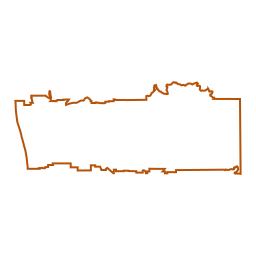 Waroona, Western Australia, Australia
{"feature_id": "25037944B30802850607008", "entity_name": "Waroona", "entity_type": "district", "adm_level": 2, "iso_a3": "AUS", "parent_name": "Australia", "parent_adm1": "Western Australia", "projection": "orthographic", "projection_center": [115.907, -32.849], "detail": "fine", "context": "isolated", "style": "outline", "palette": "amber", "viewbox_px": 256, "rotation_deg": 0, "n_neighbors": 0, "source": "geoboundaries", "source_scale": "gbopen_adm2", "svg_char_len": 5471}
<svg xmlns="http://www.w3.org/2000/svg" viewBox="0 0 256 256"><path d="M240.6,173.8L240.0,99.0L213.8,98.9L214.3,98.4L214.2,97.9L214.2,97.7L212.7,97.5L212.4,97.0L211.5,96.3L210.3,95.7L210.1,95.1L210.3,94.5L210.4,94.4L210.8,94.4L211.6,94.0L211.6,93.6L212.3,92.8L212.5,92.2L212.5,91.9L212.5,91.7L212.2,91.4L211.9,91.2L211.4,91.2L210.2,91.5L209.7,91.7L209.3,91.6L209.2,91.3L209.1,90.7L208.6,89.7L208.5,89.2L208.3,88.9L208.3,89.1L208.2,89.2L207.4,89.0L207.2,89.1L206.5,89.7L205.7,90.3L204.5,90.7L203.2,90.7L202.3,90.4L201.1,90.8L200.8,90.5L200.5,90.4L200.2,90.1L199.7,89.3L199.9,88.7L200.1,87.4L200.2,86.9L199.8,85.9L199.6,85.8L199.0,85.8L198.0,85.6L197.8,85.9L197.5,86.0L197.0,85.8L196.8,85.7L196.9,85.1L197.4,84.0L197.7,83.8L197.8,83.7L197.7,83.3L197.2,82.8L197.0,82.6L195.2,83.2L193.7,83.6L192.5,84.5L191.6,84.1L190.5,83.5L190.0,83.5L188.3,83.5L188.0,83.9L187.4,84.3L186.4,84.6L186.0,85.0L185.9,85.3L185.3,85.7L183.7,84.9L182.6,85.0L181.9,85.3L181.5,85.3L181.2,85.2L180.1,84.4L179.7,84.4L179.3,84.2L178.5,84.2L178.2,84.1L177.4,83.8L176.9,83.3L176.7,82.8L176.6,82.7L175.4,82.5L175.3,82.9L175.2,82.9L174.7,82.7L174.3,82.4L173.6,82.2L173.2,82.3L173.0,82.6L172.4,83.0L171.6,84.1L171.1,84.6L170.6,84.7L169.5,84.6L168.7,84.9L167.4,84.5L167.1,84.6L166.7,84.8L166.7,85.4L166.5,85.9L166.4,86.5L166.8,87.0L167.2,87.0L167.4,87.7L167.3,88.0L167.0,88.4L166.9,88.9L166.5,89.6L166.5,90.0L166.6,90.3L167.3,91.2L167.4,92.3L167.8,93.3L167.8,93.8L167.7,94.0L167.0,94.0L166.2,94.0L165.5,93.8L164.6,93.9L163.8,93.6L163.5,93.4L163.2,93.4L162.8,93.0L162.6,93.0L162.5,92.9L161.8,92.6L161.4,92.4L160.8,91.5L160.2,91.5L159.3,91.3L158.4,90.1L158.3,89.8L158.0,89.6L158.0,89.4L157.4,89.3L156.9,88.9L156.8,88.6L156.9,88.2L156.8,87.5L156.6,87.2L156.3,85.8L156.0,85.2L155.9,85.3L155.7,85.1L155.0,85.2L154.5,85.4L154.2,85.9L154.2,86.7L154.5,86.8L154.6,87.2L154.5,87.5L154.3,87.5L154.0,87.8L154.3,88.2L154.2,88.7L154.3,88.6L154.5,89.2L154.9,89.6L155.0,90.1L154.9,90.4L153.5,91.5L153.0,92.2L152.6,92.6L152.1,92.7L151.6,93.1L151.2,93.9L151.2,94.1L151.0,94.5L150.6,95.0L150.5,95.4L150.0,95.8L149.8,95.9L149.4,95.9L148.8,96.1L147.5,95.7L146.3,96.1L146.4,99.8L124.7,100.1L124.8,100.1L124.3,99.9L124.0,100.0L114.9,100.0L114.9,99.5L114.9,99.4L113.6,99.4L113.6,101.2L108.9,101.2L108.9,101.7L105.3,101.7L105.3,102.9L104.0,103.3L103.6,103.3L102.6,103.0L101.6,103.2L99.7,103.1L99.5,102.9L97.2,102.7L96.7,102.4L96.4,102.4L95.5,102.5L95.5,103.0L91.5,103.0L91.5,101.1L90.5,101.1L90.4,99.9L90.2,99.6L87.7,97.6L87.3,97.4L86.9,97.5L84.9,98.5L84.4,99.3L84.1,100.0L83.8,100.3L83.6,100.5L81.1,100.5L79.4,101.3L77.7,102.3L76.3,102.8L75.9,102.9L73.9,102.7L73.3,102.8L69.5,103.6L66.1,104.9L66.1,102.7L68.2,100.7L68.9,99.5L63.4,99.6L63.4,100.0L57.4,100.0L56.5,100.7L56.5,101.0L56.1,100.8L55.5,100.9L55.1,101.3L54.1,101.0L50.7,101.1L50.8,101.0L50.9,100.4L50.6,99.7L50.9,98.4L51.1,97.3L50.9,96.7L50.7,95.5L50.3,94.6L50.4,93.6L50.2,93.0L50.2,91.8L50.1,91.5L49.8,91.1L49.7,91.1L49.7,91.3L49.6,91.5L49.8,91.7L49.7,91.8L49.6,91.7L49.5,92.0L49.2,92.3L49.4,92.8L49.4,93.0L49.6,93.1L49.6,93.3L49.2,94.0L49.2,94.6L49.4,95.1L49.6,94.7L49.9,94.8L49.7,95.2L49.8,95.5L50.0,96.2L49.9,96.4L49.9,96.6L50.0,96.8L50.2,97.0L50.3,97.1L50.0,97.2L50.1,97.4L49.9,97.6L49.7,97.7L49.7,97.9L49.6,98.1L49.1,98.1L48.9,97.8L48.6,97.7L48.2,97.6L47.4,97.2L46.5,96.4L46.0,96.2L45.7,95.7L31.2,95.7L31.1,96.0L31.8,97.5L31.7,97.8L31.4,97.9L31.3,97.7L31.2,97.8L31.2,98.1L31.4,98.3L31.6,99.1L31.9,99.5L32.1,100.5L32.2,100.8L32.1,101.1L32.2,101.5L32.5,101.9L32.4,102.2L32.6,102.4L32.8,102.8L30.4,102.8L30.6,103.2L30.6,103.6L30.8,104.2L30.7,104.3L30.8,104.5L30.6,104.8L30.2,105.0L24.2,105.0L24.2,100.9L15.4,100.9L15.7,105.2L15.7,107.6L15.9,111.0L17.1,120.6L17.4,122.3L17.9,123.9L19.2,127.7L20.2,130.9L21.1,134.1L21.5,136.4L22.2,138.8L22.9,141.3L23.7,144.3L23.9,145.4L25.4,150.5L26.7,158.1L27.0,161.5L27.1,162.6L27.7,166.9L27.6,167.9L27.7,168.8L39.4,168.8L39.1,168.1L40.6,168.1L42.1,167.8L42.9,168.2L44.8,168.2L45.2,167.9L45.2,167.2L46.4,167.2L47.0,166.9L48.1,167.0L48.1,165.9L48.1,165.0L53.0,165.0L52.7,163.4L70.7,163.4L70.7,167.3L77.7,167.3L77.7,170.5L90.9,170.4L90.9,166.8L90.8,165.3L95.2,165.3L95.2,166.7L100.1,166.7L100.6,168.0L101.1,168.7L101.3,170.0L105.8,170.0L105.7,169.2L105.8,169.1L107.2,167.9L113.3,173.2L113.8,173.2L113.8,169.7L116.0,169.7L116.0,171.2L123.7,171.2L123.7,170.7L126.4,170.7L127.6,170.7L127.6,170.8L129.0,170.8L129.1,171.1L136.3,171.2L136.3,172.6L142.7,172.6L142.7,170.6L143.0,170.3L143.8,170.3L144.2,170.4L145.4,171.3L145.5,171.6L145.9,172.6L145.9,173.2L147.3,173.2L147.3,171.4L149.4,171.4L149.4,168.7L151.5,168.8L164.5,168.9L163.9,169.5L163.5,170.7L162.8,171.4L164.9,171.4L164.9,173.3L167.3,173.3L167.3,172.1L176.0,172.2L176.0,170.1L222.9,169.7L223.9,169.7L224.6,169.9L224.9,170.1L225.1,169.8L225.5,169.8L225.6,169.6L225.8,169.7L226.1,169.8L226.6,169.8L227.0,169.8L227.5,169.8L227.8,169.8L228.0,170.0L228.3,169.9L228.7,170.0L229.1,169.9L229.3,169.7L229.6,169.6L229.8,169.4L231.0,169.3L231.2,169.2L231.7,169.1L232.7,169.4L232.9,169.3L233.1,169.4L233.3,169.2L233.5,169.3L234.1,169.1L234.2,168.7L234.0,168.0L234.0,167.8L234.3,167.4L234.7,167.5L234.9,167.5L235.0,167.3L235.7,167.4L236.1,167.1L236.3,166.7L237.0,166.2L237.4,165.7L237.2,166.8L237.7,167.3L237.8,167.5L238.0,168.0L238.1,169.4L237.9,170.0L237.7,170.4L237.2,170.9L236.8,171.5L236.4,171.9L236.2,172.2L235.0,172.4L234.7,172.7L234.6,173.1L234.9,173.4L235.3,173.6L235.8,173.6L237.0,173.4L237.4,173.6L238.1,173.6L239.7,173.6L240.6,173.8Z" fill="none" stroke="#b45309" stroke-width="2"/></svg>